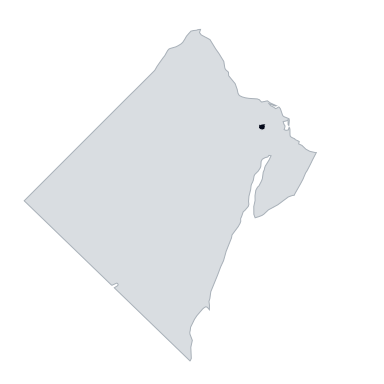 Quwisna, Al Minufiyah, Egypt (highlighted), rotated 44°
{"feature_id": "37247803B73326223517768", "entity_name": "Quwisna", "entity_type": "district", "adm_level": 2, "iso_a3": "EGY", "parent_name": "Egypt", "parent_adm1": "Al Minufiyah", "projection": "equal_earth", "projection_center": [31.193, 30.56], "detail": "fine", "context": "in_parent", "style": "filled", "palette": "ink", "viewbox_px": 384, "rotation_deg": 44, "n_neighbors": 0, "source": "geoboundaries", "source_scale": "gbopen_adm2", "svg_char_len": 4163}
<svg xmlns="http://www.w3.org/2000/svg" viewBox="0 0 384 384"><g transform="rotate(44 192 192)"><path d="M307.9,314.9L301.6,314.9L295.2,314.9L288.9,314.9L282.5,314.9L276.1,314.9L269.8,314.9L263.4,314.9L257.1,314.9L250.7,314.9L244.3,314.9L238.0,314.9L231.6,314.9L225.3,314.9L218.9,314.9L212.5,314.9L206.2,314.9L202.6,314.9L203.2,312.6L203.6,310.9L203.1,309.8L201.9,309.5L201.1,309.9L199.2,314.7L198.2,314.9L195.9,314.9L188.5,314.9L181.1,314.9L173.7,314.9L166.3,314.9L158.9,314.9L151.5,314.9L144.1,314.9L136.7,314.9L129.3,314.9L121.9,314.9L114.5,314.9L107.1,314.9L99.7,314.9L92.3,314.9L84.9,314.9L77.4,314.9L77.5,309.1L77.6,303.2L77.7,297.4L77.8,291.6L77.9,285.8L78.0,280.0L78.1,274.1L78.2,268.3L78.3,262.6L78.4,256.8L78.5,251.0L78.6,245.2L78.7,239.4L78.8,233.7L78.9,227.9L79.0,222.1L79.1,216.4L79.2,210.7L79.3,204.9L79.4,199.2L79.5,193.5L79.6,187.7L79.7,182.0L79.8,176.3L79.9,170.6L80.0,164.9L80.2,159.2L80.3,153.6L80.4,147.9L80.5,142.2L80.6,136.6L80.7,130.9L80.6,129.8L79.6,126.0L78.8,121.1L77.9,115.1L77.8,113.2L76.2,107.1L76.1,105.3L76.5,104.1L79.5,98.9L80.4,96.4L81.2,93.4L81.4,90.9L80.7,87.2L79.8,83.8L79.6,80.4L79.5,77.0L81.0,74.7L82.8,72.6L83.4,71.3L84.5,69.8L85.2,69.1L86.6,72.1L89.5,72.6L99.1,69.9L109.5,72.6L115.3,73.7L124.2,76.0L129.6,80.1L131.1,80.6L135.0,80.5L137.6,82.9L147.8,84.1L153.2,86.8L156.3,88.9L158.2,89.6L159.8,89.5L162.1,88.7L164.9,87.2L167.9,85.1L174.3,79.7L176.5,78.8L178.0,79.0L179.7,78.9L180.5,77.5L181.4,76.5L182.0,75.3L183.0,74.0L186.3,73.6L192.8,71.3L192.1,72.4L186.1,75.0L188.7,75.3L191.3,74.4L194.3,73.9L194.8,72.7L195.2,70.7L195.8,70.4L197.9,70.8L204.1,74.0L205.6,74.0L209.9,72.3L210.9,71.9L212.3,72.9L215.5,76.9L214.4,76.8L210.9,73.4L210.6,75.1L208.7,78.1L211.1,79.4L213.1,79.9L214.2,81.6L214.9,83.1L216.8,82.4L218.2,80.4L217.5,79.2L217.0,78.1L217.6,78.0L219.0,79.0L222.9,82.9L224.2,83.7L225.8,83.5L228.9,82.4L229.8,82.6L234.1,81.2L234.6,82.2L235.3,83.3L238.7,82.1L244.1,82.1L248.5,80.9L253.6,77.8L254.0,77.3L254.3,78.1L254.9,80.2L256.5,85.5L257.9,89.7L259.6,95.4L260.2,97.7L260.4,99.2L262.9,105.6L264.4,110.8L265.5,115.1L267.1,121.3L267.8,123.5L266.7,124.6L264.7,128.7L262.6,141.6L259.4,151.7L259.1,158.0L258.6,160.3L257.1,163.5L255.3,166.7L252.0,165.1L246.5,159.5L243.3,154.3L239.9,150.9L236.7,146.4L235.8,143.1L235.9,141.1L234.4,136.0L233.4,133.6L229.5,128.3L228.4,125.4L227.5,124.2L226.7,122.4L225.2,115.4L223.7,111.0L221.9,112.2L222.2,114.1L220.7,116.6L219.8,119.6L220.5,122.0L223.7,125.8L224.4,127.4L225.1,130.9L225.0,135.7L225.5,137.3L227.9,140.9L228.8,143.0L229.3,144.8L230.1,146.4L232.5,149.5L235.9,155.5L239.2,159.5L241.5,161.4L242.5,163.3L242.8,168.3L242.6,170.7L244.7,175.2L245.5,177.4L247.5,179.3L248.4,181.4L249.3,184.9L250.6,195.1L252.3,197.6L257.8,211.0L262.4,219.5L264.6,225.9L268.0,233.7L274.8,250.7L278.7,256.0L280.3,259.0L283.2,261.3L286.3,264.6L283.3,264.3L282.6,264.5L281.6,265.0L281.1,267.0L280.9,268.7L281.4,277.4L282.2,281.8L284.9,290.2L286.9,292.8L287.8,294.4L289.1,295.6L295.3,298.5L299.0,304.5L307.1,312.2L307.9,314.4L307.9,314.9Z" fill="#d9dde1" stroke="#a8b0b8" stroke-width="1"/><path d="M197.0,98.5L197.0,98.4L197.0,98.2L197.3,98.1L197.4,97.9L197.5,97.9L197.6,97.7L197.6,97.4L197.7,97.5L197.8,97.5L197.8,97.4L197.7,97.3L197.8,97.2L197.7,97.2L197.8,97.1L198.0,97.0L198.3,97.1L198.4,97.3L198.5,97.4L198.5,97.2L198.4,97.1L198.4,96.9L198.4,96.7L198.5,96.7L198.8,96.7L198.9,96.8L199.0,96.8L199.1,96.7L198.9,96.5L198.9,96.4L198.8,96.2L198.9,95.9L199.0,95.9L198.9,95.7L198.7,95.5L198.5,95.4L198.5,95.2L198.4,95.0L198.4,94.9L198.2,94.7L197.9,94.6L197.7,94.6L197.6,94.8L197.5,94.7L197.4,94.5L197.2,94.5L197.1,94.4L197.1,94.2L197.0,94.3L196.8,94.5L196.7,94.5L196.7,94.4L196.6,94.5L196.8,94.8L196.8,95.0L196.8,95.3L196.7,95.5L196.4,95.4L196.3,95.5L196.2,95.6L195.9,95.6L195.8,95.8L195.8,96.0L195.7,96.1L195.8,96.2L195.8,96.3L195.7,96.4L195.5,96.6L195.6,96.8L195.5,97.0L195.4,97.1L195.4,97.3L195.4,97.5L195.2,97.5L195.3,97.6L195.5,97.7L195.4,97.7L195.5,97.7L195.5,97.8L195.5,97.7L195.6,97.8L195.6,98.0L195.7,98.3L195.8,98.4L196.0,98.3L196.3,98.4L196.6,98.3L196.6,98.2L196.8,98.1L196.8,98.3L196.7,98.4L196.7,98.5L196.9,98.5L197.0,98.5L197.0,98.5Z" fill="#0f172a" stroke="#020617" stroke-width="1.5"/></g></svg>